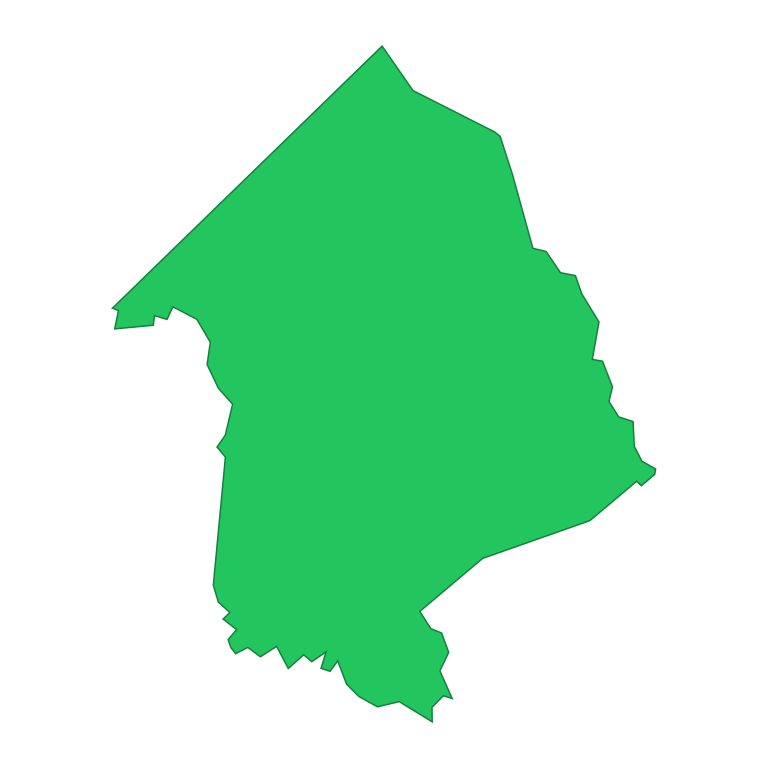 outline of Victoria, Texas, United States of America
{"feature_id": "52423323B26003221317012", "entity_name": "Victoria", "entity_type": "district", "adm_level": 2, "iso_a3": "USA", "parent_name": "United States of America", "parent_adm1": "Texas", "projection": "equal_earth", "projection_center": [-96.974, 28.795], "detail": "fine", "context": "isolated", "style": "filled", "palette": "green", "viewbox_px": 768, "rotation_deg": 0, "n_neighbors": 0, "source": "geoboundaries", "source_scale": "gbopen_adm2", "svg_char_len": 993}
<svg xmlns="http://www.w3.org/2000/svg" viewBox="0 0 768 768"><path d="M382.1,46.1L112.4,308.2L118.4,310.5L114.7,328.9L153.3,325.2L154.5,315.6L167.0,319.4L172.9,306.8L196.8,319.3L210.3,342.2L207.1,364.5L218.4,388.3L232.6,404.2L225.3,435.1L217.0,447.1L225.4,457.1L213.3,585.3L218.4,602.2L229.8,612.4L223.1,619.1L236.6,629.6L228.1,639.6L231.0,647.8L235.7,653.7L247.8,647.4L260.3,656.8L276.6,646.4L288.3,668.5L303.7,654.8L311.8,661.7L326.1,651.8L321.0,668.3L330.1,671.3L337.7,660.9L346.6,684.2L359.0,696.6L377.4,706.8L399.2,701.6L432.2,721.9L432.0,707.3L443.3,695.8L452.2,698.5L439.9,670.9L448.7,652.4L441.6,633.0L430.9,628.7L419.8,611.4L482.6,558.4L589.9,520.6L636.6,481.3L641.4,485.7L654.8,474.3L655.6,469.0L641.9,461.2L634.3,446.4L633.1,421.6L618.7,416.9L609.0,401.5L612.5,386.8L602.5,361.2L592.3,359.4L599.0,322.0L581.8,293.9L575.4,275.6L560.5,272.7L546.1,251.5L532.9,248.3L512.8,175.6L500.2,136.4L494.7,132.0L413.0,90.6L382.1,46.1Z" fill="#22c55e" stroke="#15803d" stroke-width="1.5"/></svg>